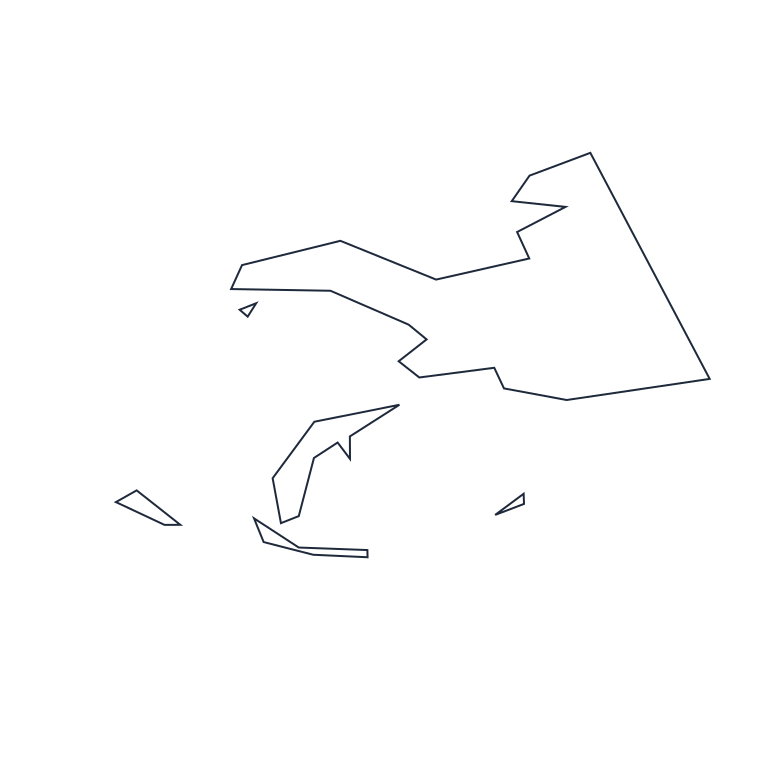 the border of Papua New Guinea, rotated 153°
{"feature_id": "PNG", "entity_name": "Papua New Guinea", "entity_type": "country or territory", "adm_level": 0, "iso_a3": "PNG", "parent_name": "Oceania", "parent_adm1": "", "projection": "orthographic", "projection_center": [148.76, -6.492], "detail": "coarse", "context": "isolated", "style": "outline", "palette": "slate", "viewbox_px": 768, "rotation_deg": 153, "n_neighbors": 0, "source": "natural_earth", "source_scale": "50m", "svg_char_len": 768}
<svg xmlns="http://www.w3.org/2000/svg" viewBox="0 0 768 768"><g transform="rotate(153 384 384)"><path d="M95.2,496.3L91.5,240.7L228.5,286.8L279.1,325.6L278.4,348.4L349.6,373.8L360.6,397.6L325.8,404.4L335.1,425.7L389.4,491.4L477.1,538.0L456.5,554.4L357.9,531.4L290.2,453.4L197.6,429.9L196.4,459.0L141.9,459.4L187.2,488.9L159.7,503.6L95.2,496.3ZM519.9,305.0L539.0,306.8L526.0,350.6L463.2,382.0L379.7,358.5L438.2,352.8L448.3,332.7L451.9,352.9L480.0,349.9L519.9,305.0ZM676.5,400.5L652.7,401.5L629.4,351.0L643.5,358.1L676.5,400.5ZM560.8,323.3L534.2,277.0L474.2,243.6L477.3,237.1L524.6,264.0L563.0,297.8L560.8,323.3ZM313.7,213.6L344.4,216.9L309.4,222.8L313.7,213.6ZM461.2,514.0L474.9,505.9L478.9,515.7L461.2,514.0Z" fill="none" stroke="#1e293b" stroke-width="2"/></g></svg>